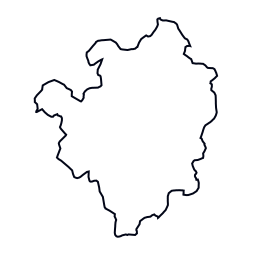 Minya al-Qamh, Ash Sharqiyah, Egypt, rotated 177°
{"feature_id": "37247803B22128077926758", "entity_name": "Minya al-Qamh", "entity_type": "district", "adm_level": 2, "iso_a3": "EGY", "parent_name": "Egypt", "parent_adm1": "Ash Sharqiyah", "projection": "natural_earth1", "projection_center": [31.353, 30.507], "detail": "fine", "context": "isolated", "style": "outline", "palette": "ink", "viewbox_px": 256, "rotation_deg": 177, "n_neighbors": 0, "source": "geoboundaries", "source_scale": "gbopen_adm2", "svg_char_len": 5190}
<svg xmlns="http://www.w3.org/2000/svg" viewBox="0 0 256 256"><g transform="rotate(177 128 128)"><path d="M72.6,224.6L73.4,227.9L73.6,228.6L73.9,229.1L74.4,229.7L75.4,230.5L76.5,231.4L77.9,231.7L80.1,232.3L81.9,232.8L84.3,233.5L86.1,233.5L87.7,233.6L88.1,233.8L89.3,234.3L90.3,235.3L90.4,236.0L92.2,235.6L92.7,235.1L93.0,234.9L93.0,232.5L92.7,229.8L93.5,227.9L95.0,225.5L96.1,224.0L96.9,223.2L98.4,221.3L99.5,219.8L101.0,218.6L103.2,218.3L105.0,219.5L105.2,219.4L105.5,219.2L108.0,217.6L110.2,216.1L112.5,212.7L114.4,208.4L114.8,208.4L116.6,206.9L118.8,206.5L120.3,206.6L122.5,206.2L124.4,205.9L129.9,206.8L130.1,206.9L131.3,207.2L131.6,207.7L132.4,208.8L133.5,210.4L134.5,212.4L134.9,212.8L135.6,213.9L139.4,216.4L140.7,217.2L141.4,217.2L148.0,217.0L149.9,217.0L152.1,216.7L153.2,216.7L155.4,215.6L155.8,214.8L156.9,213.6L158.8,211.7L163.0,207.1L165.2,205.6L165.6,203.3L165.6,201.7L164.9,199.4L164.2,197.4L163.9,195.4L163.2,193.9L162.3,192.6L158.8,193.0L157.3,194.1L155.4,195.3L154.3,196.0L151.3,197.5L150.2,197.9L150.4,197.4L152.1,193.2L155.2,187.8L155.2,187.4L155.6,184.3L154.9,182.4L153.4,181.9L152.7,181.1L152.5,179.4L152.4,178.4L152.2,172.1L153.3,171.0L154.4,170.6L155.2,170.2L155.9,169.9L162.1,170.0L164.3,169.7L165.8,169.1L166.9,168.6L169.2,166.7L170.7,164.4L170.3,163.6L170.7,162.0L170.7,160.5L171.8,158.8L172.3,158.1L173.0,157.4L173.4,157.0L173.9,157.1L182.5,162.7L182.4,164.1L182.4,164.6L182.0,167.3L183.1,168.9L184.5,169.7L187.1,171.0L188.2,172.6L189.6,174.6L191.1,175.4L194.3,177.4L196.4,178.5L199.1,179.8L205.0,178.0L210.9,175.0L211.6,171.7L211.7,170.8L212.8,169.6L217.3,165.4L219.6,162.4L219.6,160.0L219.7,158.8L217.5,156.5L217.2,151.8L218.7,149.5L218.8,148.8L218.4,148.7L212.8,151.3L210.3,148.1L207.4,145.3L204.1,143.3L202.3,143.2L201.2,144.4L197.9,145.5L197.5,144.3L197.2,144.2L196.4,143.9L194.6,143.0L194.2,143.0L193.5,141.4L193.5,140.7L193.6,139.1L194.3,136.4L195.1,134.1L195.9,132.5L195.2,130.9L190.9,125.4L190.1,124.6L190.5,123.8L196.9,118.1L197.9,116.4L197.7,115.0L196.6,111.1L197.4,109.4L198.9,106.0L199.4,104.9L200.5,102.2L199.0,100.6L196.5,98.9L189.3,92.1L188.2,90.9L186.0,88.6L185.3,85.0L184.3,81.9L183.8,81.6L182.8,81.1L181.4,80.6L179.5,81.0L178.0,81.7L175.4,83.6L171.3,86.3L170.5,86.4L169.5,86.6L170.0,81.2L169.6,79.2L169.3,77.6L168.9,76.8L168.2,76.4L166.7,76.4L164.5,77.1L162.3,77.1L161.8,76.6L160.9,75.9L159.9,70.0L159.6,66.1L156.7,60.5L155.7,51.8L155.4,50.0L155.0,49.5L154.7,49.2L154.7,48.8L150.7,46.4L145.6,42.7L146.0,40.4L145.3,38.8L144.6,36.8L144.8,36.4L145.4,34.5L145.8,31.7L145.9,30.4L146.3,27.5L146.7,24.0L146.4,22.0L145.8,21.2L145.3,20.5L144.2,20.0L143.9,20.0L142.7,20.0L140.9,20.4L139.4,21.1L135.7,21.8L134.3,21.2L133.1,21.7L128.0,21.0L126.5,20.8L124.6,22.3L124.6,24.7L125.0,25.5L124.9,26.6L121.5,31.3L121.1,33.2L120.8,34.4L118.8,35.7L117.7,36.5L117.1,36.8L116.3,37.4L113.3,38.1L112.6,38.1L110.2,38.3L108.9,39.3L108.5,39.6L106.3,40.3L105.2,39.1L104.0,38.5L102.7,37.9L102.7,36.7L102.1,37.1L101.7,37.5L100.8,38.4L99.2,39.8L98.7,40.2L97.6,41.2L97.2,41.6L96.9,42.0L94.7,44.1L94.6,44.3L93.2,46.9L92.2,48.9L92.1,50.4L92.1,53.2L92.0,54.3L92.0,55.2L91.8,57.9L91.3,59.1L90.7,60.8L89.2,61.9L87.7,63.0L85.8,63.2L84.9,63.2L82.9,63.3L80.6,63.2L80.1,63.2L77.3,62.9L77.0,62.9L75.7,62.6L75.8,62.3L75.8,61.5L75.9,59.9L76.1,59.2L76.1,58.5L74.5,58.2L73.6,58.0L72.8,57.9L71.4,57.9L70.5,58.1L66.5,59.2L62.8,61.4L62.6,61.7L60.6,64.6L60.4,67.5L60.3,68.3L60.2,69.4L60.4,70.5L60.5,71.1L61.0,72.9L62.4,72.7L62.7,74.4L63.3,75.2L63.4,75.6L63.7,76.5L63.6,77.2L63.4,78.0L62.4,78.8L62.1,79.4L61.9,79.8L62.5,81.3L62.8,81.5L63.8,82.7L64.1,83.2L64.6,84.6L65.4,86.9L65.5,87.6L65.8,89.2L64.2,91.6L63.2,92.3L60.0,92.4L57.1,93.3L55.8,93.8L55.0,94.1L54.6,94.2L54.2,96.0L54.2,96.8L54.3,98.7L52.9,100.7L51.3,103.8L51.7,105.2L52.3,106.6L52.6,107.4L52.3,108.3L54.1,110.8L54.6,112.2L55.0,113.5L56.1,114.2L55.6,115.3L54.9,117.0L54.7,117.5L54.0,119.3L53.6,120.3L53.1,121.8L52.3,123.8L51.8,124.9L50.5,126.7L50.1,126.9L48.0,128.1L46.9,128.8L45.6,129.5L43.8,130.9L42.9,131.8L41.6,132.8L41.4,133.1L39.7,135.8L39.5,136.3L38.7,138.5L38.6,138.9L38.6,139.5L38.7,140.4L38.8,141.3L39.0,143.5L39.0,144.3L39.0,148.0L38.9,149.8L38.8,154.0L38.8,156.1L38.9,156.3L40.0,158.9L42.8,161.4L42.8,162.8L42.7,163.1L42.1,164.8L42.0,167.2L43.1,168.1L43.4,168.3L43.2,168.9L43.1,169.3L43.0,170.2L42.2,170.8L41.3,171.3L40.8,171.7L39.7,172.5L38.6,173.3L37.9,174.0L36.3,175.4L36.5,176.4L36.6,176.8L36.7,177.1L36.9,177.9L36.9,178.1L37.4,179.4L37.6,179.9L37.9,180.8L38.2,181.4L38.6,182.3L38.9,182.5L40.2,183.3L41.0,183.4L41.3,183.4L43.3,183.6L44.0,183.7L45.0,183.8L46.1,184.6L46.4,185.1L47.5,186.5L49.7,188.2L50.1,188.2L50.9,188.3L51.7,188.4L52.2,188.5L54.4,188.7L56.7,188.7L58.1,189.0L60.1,189.4L60.9,192.2L61.2,193.1L61.3,193.5L62.7,194.4L63.3,194.9L63.7,195.2L65.5,196.8L65.8,197.0L67.8,198.5L68.4,199.0L68.3,199.3L67.9,200.1L67.5,201.0L67.2,201.6L67.1,202.0L66.9,202.8L66.8,203.7L66.7,204.1L66.6,204.8L66.5,205.2L66.4,205.8L66.0,206.0L65.7,206.2L64.9,206.7L64.6,206.8L64.3,206.8L63.5,206.8L63.0,206.8L62.2,206.8L61.6,206.6L62.5,209.2L63.1,211.2L63.2,211.5L64.2,213.3L64.4,213.4L66.4,214.5L67.1,215.4L68.1,216.9L68.3,217.2L69.0,218.3L70.5,221.0L71.5,222.8L72.6,224.6Z" fill="none" stroke="#020617" stroke-width="2"/></g></svg>